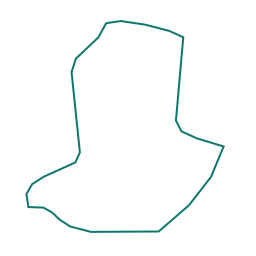 map outline of Val-de-Marne (orthographic projection), rotated 94°
{"feature_id": "FRA-5350", "entity_name": "Val-de-Marne", "entity_type": "Metropolitan department", "adm_level": 1, "iso_a3": "FRA", "parent_name": "France", "parent_adm1": "", "projection": "orthographic", "projection_center": [2.475, 48.774], "detail": "fine", "context": "isolated", "style": "outline", "palette": "teal", "viewbox_px": 256, "rotation_deg": 94, "n_neighbors": 0, "source": "natural_earth", "source_scale": "10m", "svg_char_len": 471}
<svg xmlns="http://www.w3.org/2000/svg" viewBox="0 0 256 256"><g transform="rotate(94 128 128)"><path d="M139.8,31.3L171.0,41.8L200.7,61.7L229.1,90.2L234.2,157.7L230.3,178.8L224.2,189.8L217.7,197.6L213.3,206.8L213.8,221.9L200.9,224.7L190.7,219.7L182.5,208.7L166.0,178.1L155.7,174.3L76.1,188.2L62.4,184.8L39.7,163.9L25.0,157.1L21.8,142.7L23.7,118.1L28.3,93.6L33.6,79.2L117.2,80.7L127.6,74.5L133.6,58.4L139.8,31.3Z" fill="none" stroke="#0f766e" stroke-width="2"/></g></svg>